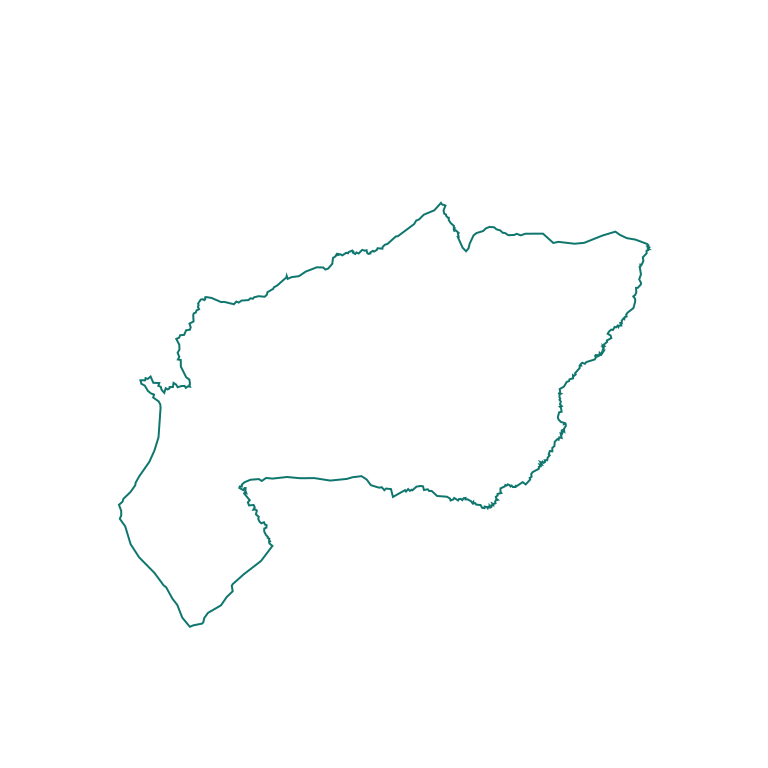 the district of Sawang Arom, Uthai Thani, Thailand, rotated 153°
{"feature_id": "78962969B79661322600034", "entity_name": "Sawang Arom", "entity_type": "district", "adm_level": 2, "iso_a3": "THA", "parent_name": "Thailand", "parent_adm1": "Uthai Thani", "projection": "natural_earth1", "projection_center": [99.718, 15.604], "detail": "fine", "context": "isolated", "style": "outline", "palette": "teal", "viewbox_px": 768, "rotation_deg": 153, "n_neighbors": 0, "source": "geoboundaries", "source_scale": "gbopen_adm2", "svg_char_len": 6152}
<svg xmlns="http://www.w3.org/2000/svg" viewBox="0 0 768 768"><g transform="rotate(153 384 384)"><path d="M85.9,389.2L94.5,398.6L101.4,403.7L105.9,409.5L108.7,414.7L122.0,417.1L141.6,418.9L150.6,422.5L164.1,431.5L169.1,432.8L174.1,445.8L189.8,453.7L194.7,454.4L197.6,457.6L200.1,457.6L205.6,460.1L207.8,463.8L209.5,464.7L210.7,468.1L213.6,470.8L214.7,473.6L218.8,476.1L222.7,476.4L226.2,475.3L233.1,476.5L236.7,475.8L244.1,470.0L247.2,466.4L250.6,465.0L252.1,469.8L251.5,481.5L250.7,481.2L249.9,484.3L248.9,484.7L250.4,488.5L251.8,488.5L251.6,490.2L250.3,490.8L250.9,491.6L249.9,493.1L251.5,497.0L251.9,500.6L250.8,502.7L251.6,503.2L252.3,505.7L251.8,506.8L253.0,508.4L252.1,511.7L248.2,515.1L250.8,517.7L251.0,519.5L260.3,515.9L271.7,516.8L278.1,514.7L281.1,515.0L284.6,512.8L304.5,509.4L306.5,510.1L317.4,507.2L320.0,507.7L323.0,506.7L324.0,505.3L328.1,507.9L329.6,506.7L332.8,506.5L333.4,507.7L336.5,507.4L336.9,506.5L338.9,507.0L339.5,508.7L338.8,511.1L340.6,511.5L342.5,513.4L347.4,511.8L348.8,513.7L350.6,512.9L352.1,515.1L351.2,515.6L351.6,517.3L355.6,517.6L356.7,516.8L358.2,518.1L362.7,517.5L364.0,519.4L366.7,519.9L365.8,520.7L366.8,521.4L369.6,519.7L372.2,519.5L375.5,514.6L381.3,512.2L384.2,512.6L385.3,515.4L390.9,518.5L402.8,519.7L410.8,518.7L417.9,521.2L422.1,521.4L421.6,524.5L422.6,523.3L434.3,520.3L438.3,520.1L439.5,519.1L446.2,518.7L447.9,516.7L450.7,515.9L455.9,519.2L460.3,520.2L462.2,519.5L464.1,521.0L466.7,520.3L473.0,523.0L476.5,522.5L478.1,524.5L481.5,523.2L489.2,529.8L491.9,530.9L498.6,539.0L503.0,542.2L504.0,542.4L504.8,540.6L506.2,540.4L506.9,541.8L509.0,542.4L513.2,540.0L513.5,538.2L514.8,537.3L514.8,534.6L517.6,534.7L519.3,533.1L521.4,533.3L522.6,532.2L525.3,526.2L529.9,526.1L530.5,522.3L532.3,520.5L535.9,521.7L539.8,518.5L543.5,520.0L545.5,518.3L548.6,518.5L548.6,511.9L550.5,507.7L553.7,505.5L554.1,501.1L556.5,499.4L554.2,497.7L557.1,491.7L557.2,479.8L555.4,476.3L556.9,472.0L557.9,471.5L558.0,469.7L560.0,471.0L562.3,470.5L562.6,472.8L565.2,474.1L569.3,474.8L569.5,477.9L571.0,480.5L573.4,477.2L576.4,478.6L577.2,477.4L579.3,477.4L580.4,479.3L583.8,475.9L584.8,479.8L584.2,482.9L585.9,484.8L583.8,486.9L589.0,489.8L588.6,496.6L592.2,495.8L593.8,497.4L595.1,495.7L599.3,497.9L600.1,494.3L597.9,491.2L597.5,485.0L595.9,481.4L593.7,479.0L595.8,476.8L592.7,470.8L592.6,467.4L593.9,464.2L609.1,438.9L618.8,428.9L628.4,421.2L644.3,412.7L650.1,408.8L651.6,406.7L658.8,402.9L668.3,400.0L670.5,397.8L675.0,396.7L675.7,390.4L677.8,386.2L680.6,383.8L679.2,374.7L682.5,356.3L680.9,340.8L674.3,319.9L671.7,304.3L670.4,301.9L670.0,288.9L668.5,280.9L669.8,267.3L667.2,255.8L663.3,255.5L654.9,253.1L653.2,253.7L650.4,257.1L644.7,260.0L629.7,260.8L620.7,265.7L612.9,268.0L611.3,273.2L609.9,274.3L595.5,278.1L573.8,282.2L556.9,290.4L558.5,294.0L558.1,295.5L557.0,295.5L557.3,297.2L556.4,298.2L557.5,299.8L556.9,300.7L557.7,302.8L557.7,306.9L556.3,309.6L554.0,309.4L552.7,311.6L553.9,312.8L553.7,315.3L556.6,315.6L557.4,317.8L557.3,320.9L555.9,322.4L557.3,326.0L554.8,328.9L555.5,330.6L557.5,331.3L555.1,333.0L555.1,335.4L559.4,337.1L559.0,340.4L556.4,341.4L558.3,350.0L557.2,350.7L556.2,349.5L555.9,352.1L554.5,354.1L555.5,354.6L557.6,353.4L560.1,357.1L559.0,358.2L557.2,357.2L556.3,358.9L553.0,359.8L546.4,359.3L538.7,356.1L536.9,353.1L531.7,353.8L526.2,350.3L512.7,345.2L501.3,338.0L488.8,331.8L475.8,322.4L460.2,316.3L454.3,315.2L445.9,312.1L442.8,306.8L441.6,299.8L435.4,293.8L432.9,293.1L431.9,289.2L429.6,289.9L425.5,287.2L427.3,279.3L413.5,279.9L413.2,278.2L410.2,279.4L409.4,277.0L407.3,277.2L406.9,276.4L401.7,277.8L397.8,276.6L395.7,275.1L396.5,271.4L392.8,270.3L392.3,268.1L390.1,267.1L387.5,260.1L379.1,255.0L377.2,252.0L377.6,250.0L374.7,249.7L373.2,250.6L370.8,246.6L369.5,247.4L367.9,246.9L366.9,245.0L364.9,246.1L363.1,245.5L363.8,244.2L362.0,243.4L359.6,239.9L359.3,237.7L358.0,238.3L358.6,236.9L356.9,236.5L356.5,234.6L352.9,232.3L352.8,229.2L350.8,227.8L350.0,229.1L348.3,227.7L348.0,226.2L347.0,227.1L346.1,226.2L345.4,227.4L345.3,225.7L344.3,225.6L343.4,227.1L341.8,226.2L341.7,228.3L340.9,227.3L338.8,227.1L338.5,228.6L337.1,229.7L335.3,229.2L336.0,230.5L335.6,232.7L333.4,233.1L332.7,234.5L329.0,233.6L329.2,235.1L327.6,238.1L322.9,237.9L321.7,238.9L320.8,237.8L319.4,238.4L317.9,236.7L317.8,235.3L316.4,235.5L316.0,233.7L313.5,232.5L312.8,233.5L311.7,232.8L305.0,233.6L303.3,230.2L297.1,232.5L296.9,234.1L294.6,234.4L293.8,236.8L291.6,238.0L284.5,238.2L283.7,239.8L281.8,239.5L281.9,241.7L279.9,240.3L280.1,243.3L279.3,242.2L278.1,242.8L277.6,241.3L276.0,241.4L275.4,243.1L273.2,242.0L271.6,244.1L268.8,245.2L269.2,246.5L266.6,249.0L264.6,247.6L263.0,250.7L260.4,251.3L258.1,255.0L254.5,256.2L253.7,255.1L252.1,256.9L250.2,255.3L249.1,259.6L248.2,258.6L246.4,260.1L247.4,260.8L246.6,262.0L245.5,261.8L244.9,260.0L244.0,262.3L240.9,264.2L240.3,266.2L241.8,266.5L240.9,267.4L243.6,269.8L244.6,273.1L244.2,275.5L240.9,279.2L238.3,278.7L237.1,282.6L237.6,283.9L235.7,283.6L236.4,286.0L234.4,288.1L234.8,290.2L233.6,290.9L233.7,292.3L232.4,295.0L230.9,295.0L232.1,296.2L230.7,296.8L229.8,299.7L224.8,300.0L220.3,302.9L217.9,302.6L216.5,304.0L213.0,303.2L211.6,306.0L211.0,305.0L208.9,305.4L208.8,306.9L202.4,309.4L201.4,311.4L200.0,310.9L200.1,312.2L198.7,312.7L197.7,312.9L195.8,310.8L193.7,311.7L185.1,310.2L183.0,311.6L183.1,313.2L182.1,313.7L180.4,312.5L180.9,311.6L179.3,311.6L177.9,313.6L177.6,312.0L176.0,313.0L176.3,311.9L172.5,314.1L173.5,315.1L172.0,316.2L172.5,317.4L172.1,318.3L172.0,317.4L170.7,317.5L171.6,318.4L170.5,318.3L170.6,319.2L166.1,320.2L165.7,321.6L160.6,321.7L160.1,324.4L161.9,327.2L159.7,328.6L156.9,329.3L155.5,328.2L152.6,330.1L151.5,329.1L149.3,329.9L149.2,328.4L148.2,329.3L146.0,328.4L145.7,331.0L144.5,330.2L143.4,332.5L140.8,333.7L140.4,332.8L139.1,334.3L137.2,334.0L136.8,335.8L134.6,337.0L127.3,338.4L122.7,343.5L121.6,345.9L122.1,348.9L119.7,349.3L117.6,351.1L115.8,355.2L114.1,354.5L109.9,356.1L109.1,357.4L109.1,361.4L105.3,365.0L102.9,372.5L102.0,372.3L101.3,374.0L100.3,373.3L97.0,375.9L95.9,379.4L90.8,381.1L89.5,383.6L87.8,383.3L87.3,384.6L86.7,384.2L87.2,385.4L85.7,385.5L86.8,387.4L85.5,387.6L85.9,389.2Z" fill="none" stroke="#0f766e" stroke-width="2"/></g></svg>